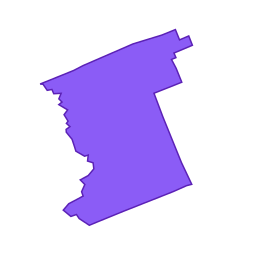 Benton, Oregon, United States of America, rotated 158°
{"feature_id": "52423323B6989914060643", "entity_name": "Benton", "entity_type": "district", "adm_level": 2, "iso_a3": "USA", "parent_name": "United States of America", "parent_adm1": "Oregon", "projection": "orthographic", "projection_center": [-123.35, 44.499], "detail": "fine", "context": "isolated", "style": "filled", "palette": "violet", "viewbox_px": 256, "rotation_deg": 158, "n_neighbors": 0, "source": "geoboundaries", "source_scale": "gbopen_adm2", "svg_char_len": 821}
<svg xmlns="http://www.w3.org/2000/svg" viewBox="0 0 256 256"><g transform="rotate(158 128 128)"><path d="M200.3,52.3L192.3,52.4L163.2,52.5L109.8,52.1L95.3,52.6L90.0,51.9L91.4,75.9L91.5,125.3L90.9,150.5L61.0,150.3L61.0,165.3L62.0,175.3L57.2,175.3L57.3,180.3L37.3,180.6L37.2,190.6L47.2,190.4L47.2,201.5L62.0,201.5L91.8,204.1L146.2,202.7L156.7,201.7L193.0,201.7L190.4,200.4L188.8,193.2L184.1,192.2L184.0,187.6L177.0,185.2L181.2,180.9L179.5,176.8L183.4,175.6L177.2,167.4L182.3,164.3L181.0,156.8L183.4,155.3L181.3,151.0L185.9,149.9L186.8,147.2L184.1,138.5L184.6,130.8L185.0,126.0L178.8,118.1L175.0,117.8L177.9,112.5L173.4,108.8L175.0,102.9L182.7,98.8L191.7,97.8L189.2,91.8L194.9,86.3L195.1,81.7L211.3,80.0L218.8,76.1L214.1,67.4L208.2,67.1L207.2,62.3L200.3,52.3Z" fill="#8b5cf6" stroke="#5b21b6" stroke-width="1.5"/></g></svg>